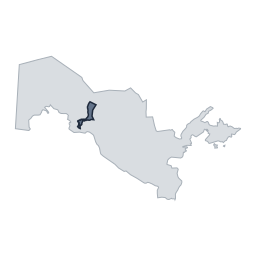 Ellikkala, Karakalpakstan, Uzbekistan (highlighted)
{"feature_id": "79887680B22143596455299", "entity_name": "Ellikkala", "entity_type": "district", "adm_level": 2, "iso_a3": "UZB", "parent_name": "Uzbekistan", "parent_adm1": "Karakalpakstan", "projection": "orthographic", "projection_center": [61.178, 42.212], "detail": "fine", "context": "in_parent", "style": "filled", "palette": "slate", "viewbox_px": 256, "rotation_deg": 0, "n_neighbors": 0, "source": "geoboundaries", "source_scale": "gbopen_adm2", "svg_char_len": 5087}
<svg xmlns="http://www.w3.org/2000/svg" viewBox="0 0 256 256"><path d="M206.6,109.1L210.4,106.6L212.8,107.7L213.1,108.4L210.8,110.2L208.6,111.3L208.2,113.2L206.0,114.3L204.1,117.2L200.8,120.2L200.8,120.8L201.2,121.2L202.4,121.4L204.9,122.6L207.0,121.5L207.6,121.6L208.3,122.4L209.2,124.7L210.3,125.3L213.6,126.1L216.1,125.9L217.4,126.2L217.5,126.0L217.3,122.4L218.4,122.9L219.4,122.3L219.6,120.4L219.3,119.3L220.0,118.5L220.5,118.9L220.6,120.0L221.9,120.6L223.0,122.2L223.5,124.2L225.8,124.4L226.6,124.0L227.2,124.1L227.9,126.6L228.2,126.8L230.1,126.0L232.1,126.8L234.3,128.5L236.6,128.3L237.1,128.6L238.6,128.1L240.5,128.4L240.6,128.7L240.4,129.1L236.3,132.1L235.3,133.9L234.4,134.6L231.6,134.0L231.3,135.1L231.9,136.0L231.4,137.1L230.0,136.9L229.7,136.4L228.4,136.9L227.1,138.8L226.5,140.3L225.1,140.9L223.3,142.6L222.3,141.6L220.9,141.9L218.9,141.0L217.9,140.9L209.5,143.4L208.8,143.2L207.7,141.4L205.4,140.6L205.4,139.6L209.4,135.1L209.8,133.9L208.2,133.4L208.4,132.3L205.2,129.4L204.7,129.2L204.3,129.4L203.5,131.9L196.3,136.8L195.2,136.5L193.3,135.1L192.2,134.7L190.9,136.1L191.1,137.7L189.8,139.0L191.5,143.0L191.4,143.6L190.4,143.8L191.3,145.3L190.7,145.5L187.0,145.3L182.8,146.6L183.0,147.3L186.8,146.8L187.3,147.1L187.5,147.6L187.3,147.9L185.3,148.5L185.2,149.1L186.4,150.9L185.9,151.3L185.2,151.0L184.7,152.3L183.4,152.3L183.0,155.9L182.1,157.3L180.7,158.0L171.4,157.1L169.2,158.4L167.7,160.1L166.9,164.1L167.1,164.5L171.1,165.7L171.9,168.1L176.6,167.9L177.5,168.2L177.9,168.8L178.2,169.4L177.1,173.3L177.9,176.7L178.8,178.2L181.8,181.0L181.8,182.6L181.3,184.1L180.6,185.5L179.8,186.1L178.7,187.8L177.8,189.9L176.0,192.7L175.4,194.2L175.5,198.4L175.0,199.7L174.9,199.2L174.1,198.8L172.0,198.8L171.6,198.3L168.9,199.5L167.1,199.2L165.3,197.6L161.9,197.2L157.7,197.8L157.3,193.5L157.3,190.2L158.6,187.6L158.5,187.1L157.8,186.3L155.2,185.7L152.1,183.9L149.3,182.7L147.7,182.3L146.0,183.2L144.4,183.1L136.8,178.2L130.5,174.7L126.1,171.0L124.1,171.4L118.6,168.0L115.0,164.3L103.3,156.2L101.0,154.2L100.5,153.1L99.5,148.0L98.4,145.6L97.0,144.4L95.7,141.9L93.8,135.8L93.1,134.7L89.7,132.2L87.7,131.6L86.3,132.0L85.5,133.0L84.4,133.1L79.5,132.1L74.0,132.5L69.3,129.3L69.0,128.8L69.0,128.0L69.9,125.9L69.8,125.1L69.2,124.1L69.2,123.0L69.6,122.5L70.5,122.7L70.8,122.3L70.7,121.8L69.6,120.5L67.5,119.3L67.9,118.5L68.0,116.5L68.4,115.5L68.1,115.1L66.5,113.6L61.2,113.5L60.0,113.0L59.0,112.4L58.0,110.2L57.5,109.7L53.9,108.7L50.3,104.8L49.6,106.5L48.8,106.8L46.1,106.3L44.6,107.3L47.9,111.2L48.7,112.4L48.6,113.1L47.6,113.2L46.8,111.3L46.2,110.8L43.0,109.7L41.9,110.8L41.5,112.3L40.0,114.8L38.3,115.1L34.4,115.1L33.2,115.6L32.3,116.3L30.8,118.4L28.7,120.1L29.1,127.2L30.3,129.0L28.9,130.5L15.4,128.7L19.3,64.6L38.1,59.6L51.5,56.3L81.4,77.1L82.1,77.9L82.5,79.6L83.3,81.0L93.8,92.8L109.2,90.2L124.9,91.0L130.6,87.9L135.5,92.9L138.4,94.6L142.7,102.0L146.4,99.8L146.3,108.9L146.0,111.7L146.2,117.1L152.6,116.9L154.5,125.5L156.2,130.9L157.6,131.5L169.6,129.8L170.6,130.2L172.2,129.5L173.5,131.1L174.8,132.2L174.2,136.1L175.8,137.5L179.3,139.0L181.4,138.8L181.7,138.1L181.5,137.2L181.0,136.3L180.9,135.2L181.2,134.3L182.9,131.3L185.9,128.1L186.6,127.0L186.7,125.2L187.8,124.1L190.4,122.7L190.8,121.8L194.0,119.2L197.6,117.3L199.3,116.0L200.7,113.6L202.9,111.1L203.8,110.9L204.6,111.6L205.1,111.6L206.6,109.1ZM208.1,130.6L207.5,129.5L206.9,129.2L206.6,129.4L207.7,130.7L208.1,130.6ZM217.4,147.9L214.8,148.1L215.0,146.4L214.0,145.7L213.8,144.9L213.9,144.1L214.5,143.7L215.3,144.8L217.4,145.1L216.8,146.4L217.5,147.6L217.4,147.9ZM224.9,145.2L224.6,146.7L223.4,146.2L223.5,145.8L224.9,145.2Z" fill="#d9dde1" stroke="#a8b0b8" stroke-width="1"/><path d="M88.0,111.0L87.9,111.3L87.9,111.6L87.9,112.6L88.0,113.0L88.1,113.4L88.4,114.3L88.3,115.0L88.3,115.6L88.1,116.2L87.8,116.6L87.5,117.3L87.2,117.5L86.3,118.4L85.9,119.0L85.6,119.4L84.6,119.2L81.1,119.3L80.9,119.8L80.4,120.3L79.8,119.9L79.6,120.0L78.6,120.8L78.6,120.5L78.4,120.5L78.1,120.7L77.8,120.9L77.7,121.1L77.9,121.5L77.9,121.8L78.2,122.0L78.6,122.1L78.7,122.3L78.9,122.3L79.1,122.6L79.2,123.2L78.9,123.2L78.7,123.6L78.7,124.1L78.8,124.8L78.5,125.1L78.5,125.6L78.2,125.8L77.9,126.1L77.6,126.7L77.8,126.9L78.1,127.0L78.4,127.2L78.6,127.8L78.9,127.9L79.4,128.0L79.6,128.3L79.9,128.5L80.3,128.6L80.3,128.2L80.2,128.0L80.1,127.5L80.0,127.3L80.1,126.8L79.9,126.2L79.9,125.8L79.5,125.5L79.4,125.2L79.1,125.0L79.2,124.7L79.6,124.8L79.9,125.3L79.9,125.6L80.2,125.8L80.7,125.5L81.0,125.2L81.5,124.8L81.7,124.6L81.5,124.3L81.8,123.7L81.9,123.0L82.2,122.4L82.4,121.8L82.5,121.0L82.5,120.3L83.1,120.3L83.2,120.6L83.6,120.6L83.8,120.9L84.1,121.0L84.5,120.8L84.6,120.6L84.6,120.2L84.4,120.0L84.4,119.9L84.5,119.9L84.9,120.2L85.5,120.4L85.5,120.1L86.3,120.2L86.7,120.1L87.3,120.1L87.9,119.9L88.7,120.2L89.8,120.2L90.4,119.9L90.9,119.5L91.5,119.4L92.7,119.6L93.7,119.7L92.0,116.1L92.7,110.1L96.0,104.8L90.0,101.8L89.7,102.3L89.2,102.8L89.0,103.1L88.7,103.9L88.4,104.2L88.3,104.6L88.1,105.1L88.0,105.7L87.6,106.3L87.5,106.8L87.5,107.9L87.5,108.1L87.8,108.5L87.8,109.3L88.0,109.9L88.0,110.5L88.0,111.0Z" fill="#64748b" stroke="#1e293b" stroke-width="1.5"/></svg>